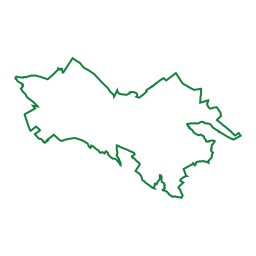 the district of Baluseni, Botosani, Romania
{"feature_id": "2599482B50605777408267", "entity_name": "Baluseni", "entity_type": "district", "adm_level": 2, "iso_a3": "ROU", "parent_name": "Romania", "parent_adm1": "Botosani", "projection": "robinson", "projection_center": [26.818, 47.67], "detail": "fine", "context": "isolated", "style": "outline", "palette": "green", "viewbox_px": 256, "rotation_deg": 0, "n_neighbors": 0, "source": "geoboundaries", "source_scale": "gbopen_adm2", "svg_char_len": 5823}
<svg xmlns="http://www.w3.org/2000/svg" viewBox="0 0 256 256"><path d="M194.7,165.3L195.0,164.9L195.6,164.6L195.8,163.8L195.6,163.3L195.8,162.8L196.7,162.1L197.3,162.0L198.0,161.6L199.9,161.5L200.1,161.2L200.7,161.4L202.2,161.3L203.5,161.0L203.8,161.4L205.0,161.5L206.2,161.8L208.6,162.8L208.6,162.0L208.1,161.3L209.2,160.2L210.3,158.8L211.2,158.1L212.0,156.3L211.7,155.6L211.9,154.7L213.0,152.6L211.9,151.9L211.1,150.5L211.3,149.7L211.1,149.2L211.2,148.5L211.8,148.0L211.5,146.6L211.8,145.2L212.1,144.7L212.8,144.2L214.3,141.8L214.7,141.5L214.7,141.0L213.3,140.5L211.4,140.5L209.0,141.1L209.2,141.4L208.6,141.6L207.4,141.7L206.1,141.4L205.9,141.1L205.9,140.2L205.7,139.7L204.5,138.7L204.0,136.7L203.6,136.1L202.8,135.9L201.3,134.8L200.5,134.6L199.4,135.1L198.6,135.3L198.0,134.9L196.5,134.4L194.3,132.9L193.3,132.0L192.9,130.8L191.7,129.6L191.4,129.3L190.9,129.3L189.2,127.9L189.3,127.7L189.6,127.5L189.6,127.1L189.0,127.0L188.2,126.3L187.6,125.4L188.1,124.7L187.2,124.1L187.2,123.8L187.6,123.7L188.7,124.1L190.3,123.4L191.5,123.3L193.1,123.5L195.2,123.1L195.6,123.4L196.2,123.3L197.1,123.6L197.5,123.6L198.7,123.2L200.4,122.1L201.7,121.7L204.2,122.4L204.4,122.9L205.3,123.3L206.1,123.2L207.0,123.5L208.7,123.5L210.7,124.6L211.3,125.2L212.0,126.6L212.4,126.8L212.9,127.6L215.0,128.9L216.0,129.7L218.0,130.6L218.3,131.0L218.3,131.3L218.8,131.7L219.0,132.1L219.3,132.2L219.8,132.0L220.3,132.2L221.1,132.8L221.4,133.2L224.0,134.5L227.1,136.6L229.2,137.5L230.1,138.3L231.0,138.6L231.6,138.6L232.5,139.2L233.6,139.6L237.1,137.7L240.6,135.7L238.7,133.0L235.4,135.4L235.1,135.5L234.7,135.3L231.1,131.7L225.9,127.3L222.7,124.9L221.4,123.6L216.9,120.0L217.1,119.7L221.1,115.9L220.7,114.8L220.7,113.0L218.5,109.9L217.5,108.2L216.6,107.2L213.3,107.7L210.3,108.7L209.6,108.4L208.3,106.9L207.1,104.4L207.3,103.0L208.2,101.2L208.2,100.3L200.2,102.7L200.5,96.6L201.2,93.7L201.2,92.9L200.9,92.3L201.2,89.7L201.1,88.8L194.3,89.9L190.0,87.8L186.6,85.7L183.9,84.3L182.4,83.2L175.9,73.1L166.3,80.4L165.5,79.9L163.6,78.1L161.8,79.4L161.7,79.3L161.1,79.6L153.2,85.5L153.4,85.7L151.8,86.8L151.7,86.5L151.3,86.7L151.4,86.9L146.5,90.1L146.2,90.7L146.1,91.6L146.4,91.8L142.1,95.6L141.7,95.7L139.1,97.7L136.3,96.7L136.9,96.1L137.2,95.6L137.2,94.8L136.9,94.0L136.3,93.2L134.1,92.2L132.1,92.0L129.7,92.3L129.8,93.4L128.9,93.5L127.0,94.7L126.3,94.8L122.3,94.4L119.5,93.9L118.9,93.3L118.3,92.9L117.8,92.0L117.4,91.7L117.1,90.4L114.4,96.3L114.0,96.8L113.8,95.5L113.0,94.1L110.5,92.0L109.1,90.2L108.6,89.1L107.4,87.6L105.9,86.3L101.4,81.8L94.1,74.0L88.2,70.0L84.6,68.2L83.3,67.1L80.1,63.2L78.4,62.0L75.8,60.4L72.6,58.2L63.2,72.6L62.7,72.5L61.9,68.9L60.9,68.7L60.0,69.7L58.2,68.2L57.9,69.3L58.1,69.6L57.6,70.1L53.0,74.6L47.7,79.3L44.9,78.3L43.4,78.0L41.1,76.9L37.7,76.2L36.5,75.7L34.2,75.5L32.0,75.7L31.3,75.5L30.0,76.1L28.3,76.3L27.4,76.6L26.3,77.3L24.5,77.0L23.6,77.1L23.3,77.6L18.9,77.2L18.3,76.9L17.2,76.7L16.1,76.8L15.4,77.6L15.4,77.9L15.8,78.3L15.7,78.7L16.2,78.9L16.2,79.3L16.6,79.5L17.5,81.2L19.7,82.6L20.9,83.1L22.6,84.2L23.1,84.6L23.0,84.9L22.3,85.3L22.6,85.7L22.5,86.2L22.8,86.5L22.3,87.0L22.2,87.4L21.5,88.1L20.9,88.4L21.3,89.4L22.6,91.3L23.8,92.6L25.6,94.3L26.6,96.7L28.0,98.0L33.7,102.3L37.7,106.5L37.0,106.5L35.6,105.9L34.7,105.9L33.8,106.1L33.0,105.9L33.9,107.2L35.1,108.5L24.8,114.2L24.6,114.5L28.8,127.1L29.6,129.0L30.4,130.7L30.6,130.8L36.1,126.6L39.0,129.1L39.7,129.6L39.8,130.4L39.5,130.6L39.5,130.8L34.8,134.1L39.0,138.8L41.0,138.9L42.2,139.9L43.5,142.0L44.0,141.7L44.9,142.7L47.4,140.9L47.0,140.8L46.7,140.3L53.8,134.7L59.3,139.8L60.1,140.3L61.8,140.9L62.6,140.8L63.9,140.0L68.7,138.9L74.5,138.0L76.0,138.3L82.3,140.4L84.6,141.6L87.6,143.6L87.9,144.1L88.7,146.3L90.3,147.9L90.8,147.3L91.3,145.6L92.0,146.1L92.8,146.1L95.8,148.8L98.8,150.8L99.2,151.9L100.5,152.9L100.9,152.9L101.7,152.2L102.3,152.1L103.7,152.8L104.1,152.7L104.2,153.3L104.5,153.4L104.8,153.1L105.2,153.1L105.3,152.2L105.6,152.0L106.0,151.3L107.3,152.1L107.8,152.7L108.2,154.7L109.0,155.2L110.0,156.7L112.9,158.7L114.8,158.7L115.9,159.2L117.2,160.4L117.4,160.6L117.4,161.0L117.9,161.4L118.7,162.5L119.5,163.1L120.2,164.4L120.1,164.7L120.5,165.0L120.4,163.9L120.7,163.1L120.0,162.1L118.7,158.4L118.2,157.7L117.5,157.0L116.6,155.5L116.7,155.2L117.1,154.8L117.1,153.8L117.3,153.7L117.3,152.9L117.2,151.3L116.7,149.3L116.8,145.4L118.3,145.8L118.3,146.0L121.9,147.7L128.1,150.1L128.8,150.6L133.9,152.8L134.1,153.2L133.9,153.4L134.0,153.7L134.5,154.3L134.1,154.5L133.6,155.2L132.6,156.0L131.8,156.2L131.8,156.4L131.9,156.9L132.5,157.0L132.8,157.9L134.0,158.3L137.0,161.4L138.7,162.6L139.1,163.0L139.4,163.8L139.7,163.9L139.8,164.3L135.5,171.0L139.4,173.7L140.8,175.3L141.5,177.0L142.3,180.0L142.6,180.4L144.3,181.3L146.0,183.2L148.2,184.5L152.5,187.8L154.5,188.4L153.9,187.4L153.9,187.0L154.5,186.0L154.7,184.9L154.7,183.9L155.1,183.6L156.4,184.2L156.6,184.3L156.7,184.1L157.0,183.4L156.8,183.2L157.2,182.7L157.6,181.9L159.8,179.1L160.1,178.3L160.0,177.8L159.7,177.0L159.8,175.2L160.6,175.2L161.2,175.8L161.5,176.6L161.7,176.9L161.6,178.1L161.3,179.0L161.6,179.7L161.7,181.9L163.4,182.8L164.3,183.7L164.7,184.5L164.4,184.8L164.2,185.4L164.6,185.8L164.4,186.2L164.2,187.2L164.8,188.0L164.3,188.6L163.8,189.4L163.0,189.5L162.7,189.7L162.7,190.0L163.0,190.4L163.6,190.6L164.8,190.5L165.9,191.0L166.3,191.6L167.2,191.9L167.5,192.5L168.6,193.5L169.0,194.4L170.5,195.3L170.8,195.8L172.0,196.2L172.5,196.5L172.4,196.6L172.8,196.8L173.1,196.8L173.3,196.5L175.4,196.4L176.4,197.0L177.4,196.9L179.0,197.4L180.2,197.3L181.4,197.8L182.7,195.6L182.0,194.3L181.9,193.9L181.5,193.3L179.8,189.2L178.6,188.1L178.7,187.3L178.5,187.0L183.3,182.5L182.5,182.0L182.3,182.1L180.2,180.6L180.9,179.2L182.2,178.1L184.4,176.8L186.0,176.1L186.7,176.0L186.2,175.7L185.1,173.3L184.4,171.0L183.6,169.0L191.0,165.0L191.8,164.8L192.9,163.2L194.7,165.3Z" fill="none" stroke="#15803d" stroke-width="2"/></svg>